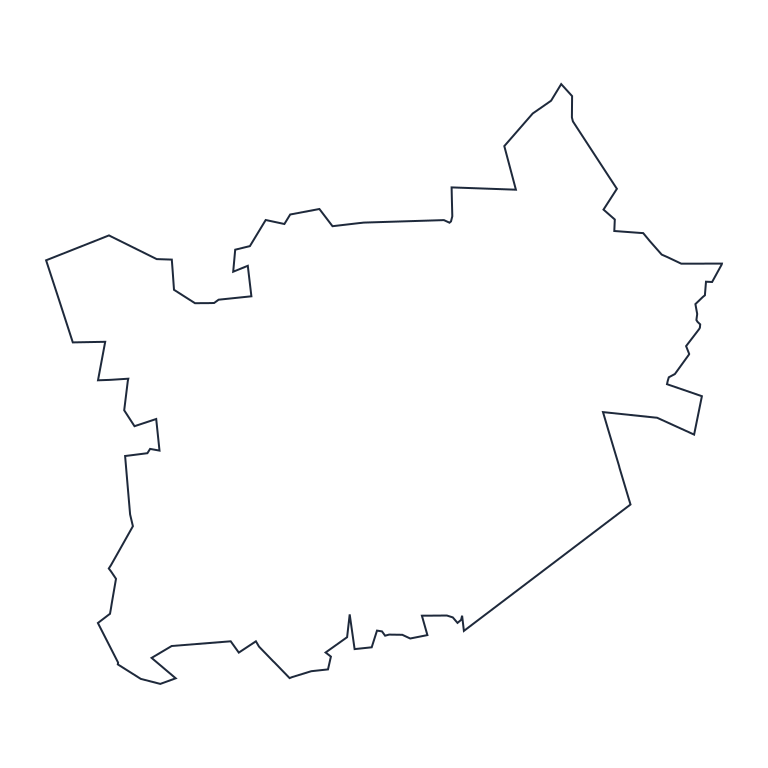 Moctezuma, Sonora, Mexico (Equal Earth projection)
{"feature_id": "50627088B96835442150704", "entity_name": "Moctezuma", "entity_type": "district", "adm_level": 2, "iso_a3": "MEX", "parent_name": "Mexico", "parent_adm1": "Sonora", "projection": "equal_earth", "projection_center": [-109.717, 29.748], "detail": "fine", "context": "isolated", "style": "outline", "palette": "slate", "viewbox_px": 768, "rotation_deg": 0, "n_neighbors": 0, "source": "geoboundaries", "source_scale": "gbopen_adm2", "svg_char_len": 2100}
<svg xmlns="http://www.w3.org/2000/svg" viewBox="0 0 768 768"><path d="M532.7,113.5L504.3,146.1L515.9,189.7L451.6,187.4L451.9,200.4L452.0,204.2L452.3,216.3L451.0,221.4L449.5,222.7L443.9,220.1L437.6,220.3L437.4,220.3L434.5,220.4L363.6,222.6L361.2,222.9L359.1,223.1L332.5,226.2L319.4,209.0L290.2,214.5L284.4,224.0L265.7,220.0L249.9,246.1L235.2,249.7L233.2,271.7L245.3,266.8L247.8,265.8L247.9,266.7L251.3,295.5L251.4,296.3L218.6,299.7L214.1,303.0L208.9,303.1L195.0,303.2L174.0,289.8L172.7,271.5L171.8,259.6L156.7,259.1L111.3,236.6L109.0,235.4L46.1,260.3L59.1,300.1L72.8,342.4L105.2,341.8L98.0,380.3L109.2,379.9L111.2,379.8L128.3,378.7L127.8,381.0L124.2,410.3L134.5,426.2L156.2,419.0L159.5,450.6L150.1,448.9L147.4,453.2L130.1,455.4L125.1,456.0L127.8,487.7L130.1,514.4L130.9,517.8L132.9,526.2L118.8,551.3L111.0,565.1L108.8,568.5L111.0,571.4L116.0,578.8L111.8,603.1L111.0,608.1L110.0,613.8L108.5,614.9L97.9,623.0L118.1,662.6L118.0,663.2L117.8,664.4L140.8,678.9L160.3,683.9L175.7,678.3L151.6,657.9L171.7,646.0L230.7,641.3L238.8,652.6L255.9,641.3L259.0,646.6L264.2,652.0L264.7,652.5L273.4,661.5L274.2,662.2L289.6,678.1L292.1,677.1L311.3,671.2L328.0,669.4L330.9,656.6L325.6,652.5L347.1,637.2L349.7,614.4L354.6,649.1L371.7,647.3L377.0,630.6L382.0,631.4L385.1,635.7L389.1,634.6L402.3,634.8L410.2,638.5L427.4,635.1L421.9,615.7L437.9,615.6L446.8,615.5L452.8,617.4L457.5,622.9L461.1,619.9L462.1,615.7L463.9,630.9L574.9,546.7L630.5,504.5L629.4,500.8L629.1,499.9L619.5,467.8L619.1,466.1L618.6,464.4L608.1,429.4L607.6,427.7L607.1,426.0L603.0,412.1L655.5,417.6L657.0,417.7L694.1,434.6L701.9,396.2L667.0,384.2L667.7,381.0L668.8,377.3L674.9,374.0L689.0,354.5L689.2,354.0L686.1,346.1L699.2,329.0L699.9,327.7L700.2,324.4L697.5,321.8L696.4,320.0L697.2,314.0L695.4,304.1L702.9,296.9L704.9,295.3L706.0,281.7L712.1,282.0L721.7,264.5L721.9,263.6L715.7,263.6L681.3,263.7L667.6,257.2L661.7,254.6L649.9,241.2L643.2,233.1L639.8,232.9L614.3,231.0L614.8,219.5L603.5,209.6L616.9,188.8L609.4,177.4L577.0,127.7L572.9,121.4L571.9,117.4L572.1,96.1L561.2,84.1L551.1,100.7L532.7,113.5Z" fill="none" stroke="#1e293b" stroke-width="2"/></svg>